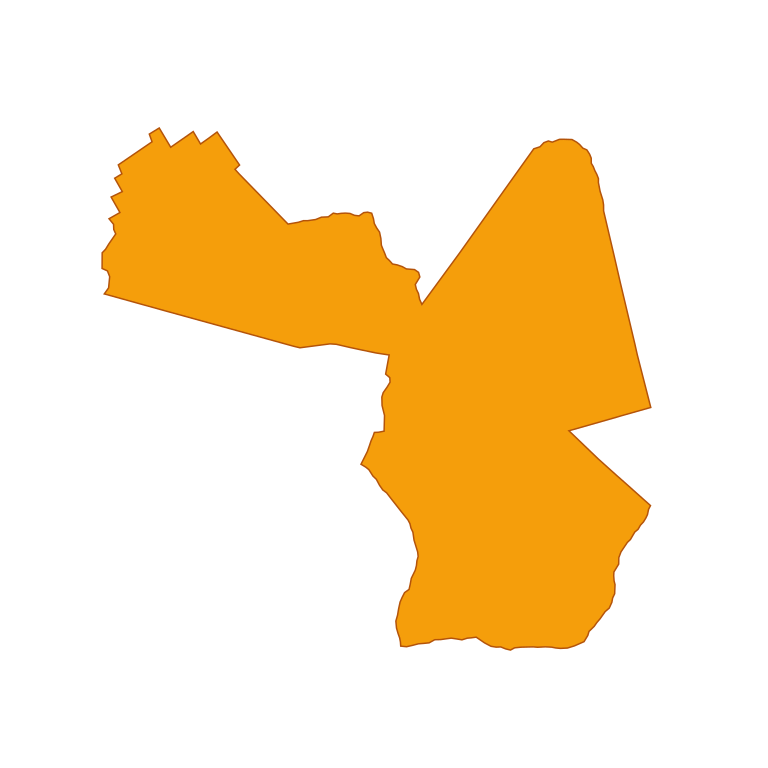 outline of Castanhal, Pará, Brazil, rotated 169°
{"feature_id": "56859067B13646030558051", "entity_name": "Castanhal", "entity_type": "district", "adm_level": 2, "iso_a3": "BRA", "parent_name": "Brazil", "parent_adm1": "Pará", "projection": "orthographic", "projection_center": [-47.869, -1.265], "detail": "fine", "context": "isolated", "style": "filled", "palette": "amber", "viewbox_px": 768, "rotation_deg": 169, "n_neighbors": 0, "source": "geoboundaries", "source_scale": "gbopen_adm2", "svg_char_len": 2870}
<svg xmlns="http://www.w3.org/2000/svg" viewBox="0 0 768 768"><g transform="rotate(169 384 384)"><path d="M417.6,123.5L412.0,121.8L405.9,122.0L399.8,122.4L394.5,121.8L389.1,121.3L383.0,123.3L377.1,122.3L371.2,122.0L366.5,121.7L361.1,119.8L356.3,118.0L350.7,118.6L346.9,118.2L341.8,117.9L334.7,110.7L329.0,106.1L324.1,104.3L319.5,103.6L315.2,100.8L310.6,98.7L306.1,100.1L299.6,99.5L293.7,98.5L287.8,97.5L283.5,96.3L275.8,95.2L269.7,93.7L265.7,92.1L261.3,90.8L254.3,89.8L247.0,90.6L236.8,92.9L231.9,98.3L230.0,102.0L223.9,106.0L220.6,109.2L216.8,112.2L210.3,118.4L205.7,121.0L202.0,126.2L200.4,130.3L197.6,134.1L195.5,143.0L195.7,146.9L195.1,151.9L194.2,155.6L188.0,162.4L186.6,168.8L183.4,174.0L175.3,182.1L171.8,184.3L166.1,190.8L162.3,192.9L159.2,196.5L155.6,199.1L152.5,202.5L150.3,205.5L148.2,210.5L145.6,213.8L165.5,240.0L169.8,245.6L172.6,249.2L188.0,269.6L211.4,302.8L161.3,307.1L157.4,307.5L126.6,310.1L129.0,350.8L129.8,364.5L130.1,375.1L132.7,438.7L133.6,465.0L135.4,512.0L134.3,517.9L134.1,523.0L135.1,532.0L135.1,540.8L134.3,544.7L135.1,549.2L136.3,553.2L137.1,557.5L138.4,561.1L137.5,566.2L138.3,570.3L140.2,575.1L143.8,577.6L146.3,581.8L148.7,584.6L152.8,588.1L161.2,590.0L165.1,590.7L172.7,589.3L176.3,591.2L181.0,590.4L185.6,587.1L192.1,586.3L223.3,556.7L285.0,498.0L331.6,454.9L332.9,460.3L332.9,466.2L334.1,470.7L334.3,475.7L328.4,482.2L328.8,487.0L332.2,490.5L340.1,492.7L343.6,495.7L348.3,498.4L352.8,500.2L355.2,504.3L357.6,507.6L358.4,512.3L359.3,516.5L360.1,520.7L359.3,527.4L359.4,533.9L361.5,538.8L362.9,543.4L362.8,548.3L363.5,554.0L367.3,555.8L371.2,556.1L376.4,553.8L380.8,555.2L384.8,557.9L389.2,559.1L393.5,559.7L397.5,559.9L401.2,561.4L406.8,558.7L413.6,559.7L419.7,558.5L427.8,558.9L431.8,559.7L437.1,559.1L447.7,559.3L486.4,618.3L489.3,623.2L484.0,626.5L499.8,663.2L510.1,658.3L518.3,654.6L523.1,668.2L548.2,657.1L555.8,678.2L566.7,674.1L565.5,666.0L603.0,649.8L601.2,640.3L609.1,637.4L604.2,622.8L616.2,619.6L610.5,602.7L622.4,598.7L619.0,592.4L619.8,587.3L618.7,582.5L627.3,574.1L631.6,569.4L635.6,566.6L638.7,551.2L633.9,547.8L632.8,541.7L636.0,530.9L641.4,525.8L582.1,496.2L465.5,438.3L459.6,435.6L429.4,433.7L423.3,432.1L410.1,426.2L398.6,421.3L386.2,416.1L379.3,413.6L373.4,411.5L380.5,393.4L377.1,389.1L377.7,384.6L381.6,380.3L386.4,375.7L388.6,371.6L390.0,363.3L389.5,353.0L392.9,337.7L398.6,337.7L402.7,338.3L404.9,334.5L407.5,330.8L410.1,326.2L413.2,320.9L421.9,309.6L417.8,305.9L415.2,302.8L412.4,295.7L409.7,291.9L407.7,285.4L405.4,280.2L402.2,276.7L398.9,270.1L390.9,254.5L386.4,246.0L385.2,242.0L385.0,237.3L383.9,233.0L384.3,225.0L383.0,212.7L383.4,208.1L385.4,204.2L386.8,199.6L388.8,195.3L394.3,188.0L396.6,182.1L398.6,177.6L403.6,175.3L406.9,171.1L409.8,166.9L412.6,160.4L414.8,154.5L417.6,149.0L418.3,142.1L417.8,136.4L417.1,131.8L417.1,127.6L417.6,123.5Z" fill="#f59e0b" stroke="#b45309" stroke-width="1.5"/></g></svg>